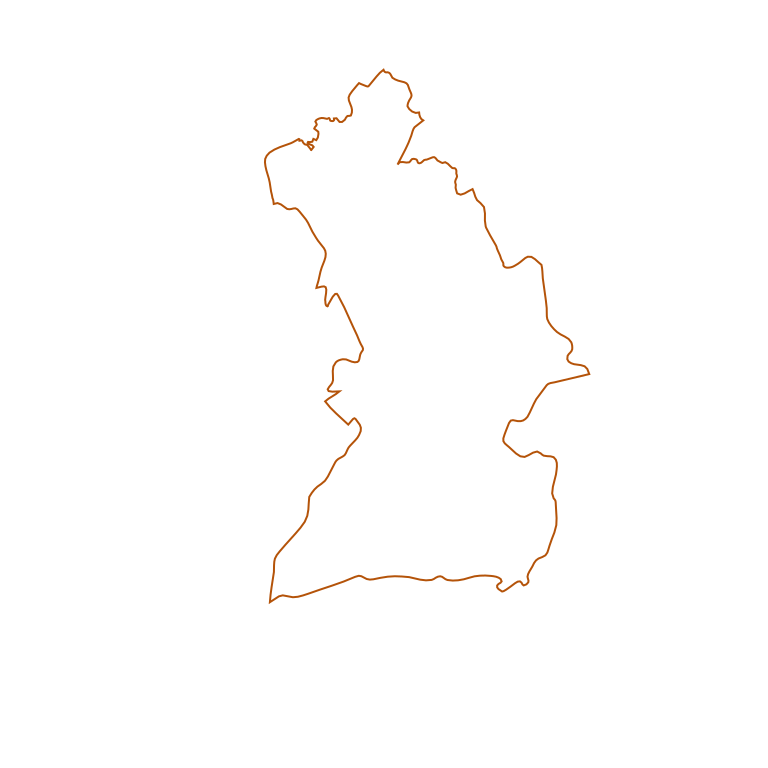 the border of San Luis Potosí, rotated 222°
{"feature_id": "MEX-2715", "entity_name": "San Luis Potosí", "entity_type": "State", "adm_level": 1, "iso_a3": "MEX", "parent_name": "Mexico", "parent_adm1": "", "projection": "robinson", "projection_center": [-100.079, 22.87], "detail": "fine", "context": "isolated", "style": "outline", "palette": "amber", "viewbox_px": 768, "rotation_deg": 222, "n_neighbors": 0, "source": "natural_earth", "source_scale": "10m", "svg_char_len": 6166}
<svg xmlns="http://www.w3.org/2000/svg" viewBox="0 0 768 768"><g transform="rotate(222 384 384)"><path d="M322.8,145.5L327.3,151.5L331.6,157.8L340.0,170.6L344.4,175.7L346.6,178.5L348.2,181.2L349.2,185.1L349.5,189.7L349.7,198.7L349.7,213.7L349.9,221.3L350.7,228.6L352.8,234.7L356.2,240.1L360.2,245.1L364.0,250.1L364.8,254.7L365.1,259.0L364.8,263.2L363.8,267.6L363.1,272.6L363.8,277.7L366.4,287.6L367.4,291.4L367.9,293.4L368.1,295.3L367.8,297.8L366.2,302.4L365.7,304.7L366.0,306.9L367.3,311.0L367.8,313.1L367.9,315.5L367.7,322.8L367.8,326.2L368.4,329.4L369.8,333.4L371.9,336.0L374.7,337.5L381.8,339.0L383.1,338.7L383.6,337.2L383.4,329.9L399.8,330.1L408.1,330.5L416.1,331.7L415.4,336.0L413.0,344.4L412.2,348.7L417.3,343.7L420.4,341.7L422.3,342.4L422.8,345.1L422.9,347.7L423.2,350.1L424.4,352.7L427.5,356.0L430.8,359.4L433.4,363.2L434.3,367.9L434.0,369.9L433.3,371.6L432.3,373.3L431.2,374.8L428.6,376.9L422.9,379.0L420.2,380.6L418.5,382.6L418.3,384.2L418.9,385.8L421.1,389.5L421.7,390.9L422.1,392.6L422.4,395.0L423.1,396.1L424.6,397.0L428.1,398.2L430.9,399.4L436.5,402.1L445.7,406.0L464.9,414.4L477.2,419.0L479.3,419.5L480.5,418.3L480.5,414.7L480.1,412.7L479.2,408.6L478.8,406.6L478.4,405.2L477.9,404.4L478.0,403.9L479.1,403.6L480.2,403.9L481.6,404.9L482.9,406.2L484.0,407.1L485.7,409.5L487.8,412.7L490.0,415.5L492.1,416.9L493.9,416.4L495.6,414.5L498.5,410.2L499.8,412.5L500.1,413.3L502.0,417.2L506.3,424.8L508.2,428.8L510.8,435.7L512.4,439.1L514.4,441.8L516.8,443.7L519.5,444.7L528.8,446.3L532.3,447.2L539.2,449.3L548.2,452.9L552.0,454.0L561.9,455.6L565.2,455.9L567.4,455.3L568.8,453.8L570.0,452.0L571.3,450.5L573.1,449.3L580.7,448.5L584.2,447.2L586.4,444.0L588.7,446.0L589.9,446.9L591.2,447.5L594.1,449.7L596.6,451.4L603.8,457.3L607.2,459.7L614.4,464.1L617.8,466.5L620.8,469.1L622.9,471.8L623.9,475.2L623.9,479.3L622.3,484.9L619.9,490.3L614.4,500.5L613.5,502.6L611.3,509.1L610.7,509.3L609.6,508.2L608.3,509.9L607.2,510.0L606.0,509.4L604.4,509.1L603.0,509.2L601.4,510.1L600.9,510.3L596.2,509.5L594.8,509.1L594.6,509.2L594.9,513.1L597.0,513.4L599.8,512.3L602.1,512.1L602.4,513.1L600.8,514.3L599.4,516.1L600.5,518.9L597.5,519.9L598.1,522.9L600.1,526.1L601.7,527.5L606.7,527.1L607.2,528.5L607.2,530.2L607.5,531.7L608.4,532.3L610.6,533.1L610.9,534.9L610.3,536.8L609.7,538.1L608.4,539.9L606.9,541.1L603.8,542.9L603.5,543.3L603.0,544.6L602.6,544.9L601.8,544.7L600.3,543.8L599.7,543.9L598.4,544.7L597.7,545.6L597.7,546.7L598.9,547.8L597.1,549.7L592.4,549.0L590.5,550.7L589.9,554.2L590.5,556.6L590.5,558.7L588.9,560.4L588.3,561.4L589.5,564.2L591.3,566.4L593.5,568.0L599.8,571.2L602.0,573.2L603.1,576.1L603.6,580.5L603.9,588.3L603.9,590.9L602.1,591.4L596.7,593.4L595.4,594.0L594.8,594.8L594.8,596.0L595.3,607.6L595.3,612.5L594.6,617.2L593.3,616.6L592.1,616.5L591.0,616.9L590.1,617.9L589.2,618.4L588.3,618.7L587.3,618.7L586.4,618.5L582.7,617.2L579.5,617.8L576.5,618.9L570.7,621.9L568.5,622.5L566.4,622.2L562.2,619.9L559.1,618.5L557.6,617.7L556.4,616.6L555.7,615.1L555.0,611.5L554.1,608.8L553.0,606.9L552.3,606.1L549.2,605.2L545.4,605.3L541.8,606.7L539.6,609.3L537.8,607.7L535.7,606.5L533.5,605.9L531.2,606.2L533.1,595.3L532.8,593.4L531.9,591.0L529.9,586.8L527.3,579.9L526.2,576.4L525.1,572.7L520.8,556.2L520.7,559.4L518.5,561.6L515.6,563.5L513.7,565.5L513.5,567.0L513.7,568.5L513.6,570.0L512.5,571.3L511.1,572.1L510.1,572.5L509.2,572.4L507.1,571.3L506.5,571.2L505.9,571.4L505.2,571.9L504.4,573.5L504.0,577.3L503.2,578.5L502.5,579.2L501.9,580.3L499.8,584.5L499.2,585.5L498.4,586.2L497.0,586.4L493.8,585.9L492.2,586.3L490.3,586.7L488.5,587.3L486.9,589.8L483.9,590.4L480.5,590.2L477.8,590.2L476.9,590.7L476.3,591.4L475.4,591.8L474.0,591.6L472.8,590.8L471.0,588.7L469.7,588.0L468.5,587.0L467.9,585.4L467.4,583.7L466.6,582.1L465.8,581.3L464.0,580.2L462.1,577.7L460.5,576.6L457.2,574.6L453.7,576.0L451.6,579.6L450.1,584.2L448.6,588.1L444.9,586.3L441.5,584.3L437.9,582.9L433.4,583.0L428.1,582.4L423.1,578.3L418.4,573.0L413.8,569.1L412.7,568.5L404.7,565.5L393.6,561.9L392.1,561.2L390.8,560.3L388.5,559.2L383.9,557.2L380.2,555.1L376.5,553.8L375.6,553.1L374.9,552.2L373.9,551.7L372.2,551.8L370.9,552.4L369.7,553.4L368.5,554.7L367.6,555.9L366.7,557.5L366.0,559.3L364.9,562.9L364.3,565.8L363.3,572.2L362.3,574.8L359.5,577.1L355.4,577.8L350.8,577.8L346.7,577.9L344.1,575.9L341.6,573.6L336.7,568.8L319.5,554.3L313.9,549.3L310.1,545.2L308.2,543.2L306.1,541.5L302.5,540.0L298.4,539.0L294.2,538.5L290.3,538.4L286.0,539.0L281.4,540.2L276.9,541.0L272.7,540.3L271.3,539.5L269.8,538.4L268.5,537.1L267.4,535.8L266.7,533.9L266.6,531.9L266.7,529.8L266.4,527.8L264.4,525.1L261.8,524.2L258.8,524.7L256.0,525.9L250.4,529.7L246.8,531.4L243.0,531.2L238.1,528.7L258.3,499.5L260.9,496.1L262.0,494.0L262.3,492.0L260.7,474.6L259.5,469.8L256.6,460.4L255.4,455.6L255.5,452.6L256.2,450.0L257.6,447.8L259.6,446.0L264.0,443.4L265.3,441.6L265.0,438.7L262.1,430.9L260.6,427.1L258.9,423.4L257.0,421.4L254.5,420.7L251.7,420.7L249.1,420.8L239.4,420.7L234.3,421.5L230.7,423.9L228.9,428.0L227.3,432.7L225.0,436.3L221.1,437.3L219.2,437.3L217.4,437.6L214.4,439.6L211.8,441.7L209.0,443.1L205.6,442.7L202.8,441.0L200.4,438.5L198.3,435.7L195.7,431.9L189.7,420.6L185.8,415.2L181.3,412.5L179.9,412.4L178.6,412.0L177.4,411.1L166.0,399.8L161.5,394.4L158.0,387.6L155.5,381.0L152.8,374.6L151.2,371.2L149.8,368.0L149.4,364.7L150.6,361.3L152.4,357.7L153.0,354.7L152.7,351.5L151.6,347.5L150.5,341.9L149.7,339.1L148.4,336.8L146.7,335.6L145.1,334.6L144.1,333.2L144.1,330.4L145.4,327.8L147.0,327.7L148.9,328.4L150.9,328.3L152.4,326.6L153.3,323.7L154.4,318.1L155.6,312.9L156.5,310.1L157.4,308.8L161.7,308.2L163.8,308.6L165.1,310.0L165.1,312.0L164.4,314.2L164.5,316.0L166.7,317.1L169.1,316.8L171.7,315.8L174.2,314.3L176.3,312.8L180.5,309.5L184.4,305.8L188.0,301.7L191.0,297.1L194.0,292.3L197.5,287.8L201.4,283.9L205.7,280.8L207.7,280.1L211.8,279.6L213.6,278.7L215.0,276.9L215.9,274.7L216.5,272.4L217.5,270.3L221.4,266.2L226.2,262.8L236.1,257.3L241.9,252.9L247.3,248.4L252.3,243.3L257.0,237.5L261.2,231.8L263.6,229.2L266.4,227.5L272.2,226.0L274.4,224.6L276.4,221.4L281.8,210.2L287.8,199.2L294.0,188.3L300.0,177.4L302.7,172.7L305.6,168.3L309.0,164.6L317.8,159.2L320.0,155.9L322.8,145.5Z" fill="none" stroke="#b45309" stroke-width="2"/></g></svg>